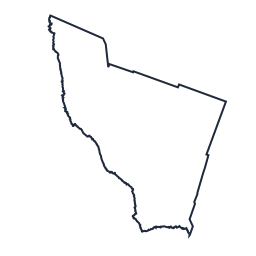 the district of Iriondo, Santa Fe, Argentina, rotated 98°
{"feature_id": "61730980B62800099035851", "entity_name": "Iriondo", "entity_type": "district", "adm_level": 2, "iso_a3": "ARG", "parent_name": "Argentina", "parent_adm1": "Santa Fe", "projection": "orthographic", "projection_center": [-61.163, -32.744], "detail": "fine", "context": "isolated", "style": "outline", "palette": "slate", "viewbox_px": 256, "rotation_deg": 98, "n_neighbors": 0, "source": "geoboundaries", "source_scale": "gbopen_adm2", "svg_char_len": 5897}
<svg xmlns="http://www.w3.org/2000/svg" viewBox="0 0 256 256"><g transform="rotate(98 128 128)"><path d="M225.3,51.9L216.4,50.1L209.8,54.3L193.6,51.1L192.1,52.1L183.5,50.0L182.8,50.3L162.7,47.4L156.0,46.2L143.7,44.6L143.3,46.6L88.2,34.7L77.8,83.5L80.8,84.2L71.1,130.5L72.1,130.7L67.3,155.3L70.5,156.0L48.2,161.7L42.8,165.2L27.4,220.5L27.8,220.7L28.6,220.8L29.2,220.6L30.0,221.3L30.5,221.1L31.3,221.2L31.9,221.2L32.7,220.2L33.0,220.2L33.1,220.4L33.1,220.8L33.3,220.8L34.6,220.1L35.1,219.3L35.6,219.0L35.8,218.6L35.6,218.4L35.2,218.6L35.1,218.2L35.5,218.1L36.3,218.3L36.6,218.6L36.6,219.6L36.8,219.8L37.8,219.9L38.4,220.7L38.8,220.3L39.0,219.5L39.2,219.4L39.9,218.6L40.7,218.7L41.0,219.2L41.1,219.7L41.5,219.9L42.0,219.6L41.8,219.0L41.8,218.8L43.0,218.6L43.3,218.4L43.4,218.0L43.3,217.4L44.0,217.1L44.1,216.8L44.0,216.4L44.6,214.9L44.4,214.1L44.5,214.0L48.1,214.6L49.0,214.1L50.4,214.1L51.1,214.4L52.6,213.7L54.0,213.9L55.2,213.7L55.4,213.4L55.3,213.0L55.5,212.9L55.9,213.2L56.5,213.2L57.2,213.7L58.0,213.0L58.9,213.3L59.8,212.8L60.3,213.1L60.5,212.9L60.3,212.2L61.0,211.9L62.0,210.7L62.6,210.3L62.6,209.6L62.8,209.3L64.1,207.6L65.2,207.1L65.6,207.1L65.7,207.4L66.2,207.5L68.9,207.2L69.7,206.6L70.0,206.2L71.3,205.8L72.1,205.1L72.6,204.9L73.7,204.3L74.9,204.3L75.4,204.0L77.3,203.7L78.0,203.4L78.3,203.4L78.9,203.0L79.5,203.2L79.9,202.6L80.9,202.5L82.2,201.7L83.1,202.0L84.0,201.3L86.4,200.6L87.6,199.7L89.8,199.8L90.4,199.2L90.7,199.2L91.0,199.5L91.1,199.9L91.5,200.1L92.1,199.3L92.7,199.0L94.0,199.1L94.6,198.6L96.4,198.6L97.5,197.8L99.2,197.8L100.1,197.3L100.3,196.8L101.0,197.4L101.3,196.6L102.0,196.4L102.5,195.8L102.9,195.6L104.4,196.9L104.7,197.7L105.0,197.9L105.2,197.7L104.9,197.0L105.0,196.7L105.7,197.1L106.7,196.7L106.9,196.4L107.2,196.8L107.4,196.9L107.6,196.7L108.3,196.7L108.7,196.2L109.3,196.3L109.7,196.1L110.5,196.1L112.6,194.8L113.5,194.3L113.9,194.3L114.8,193.6L116.3,193.1L116.6,193.5L116.7,192.9L116.8,192.7L117.4,192.8L117.7,192.3L118.1,192.1L118.4,192.1L118.5,192.7L118.7,192.8L119.7,192.5L120.1,192.5L120.2,191.8L120.7,191.3L120.4,190.7L120.5,190.5L121.0,190.7L121.2,190.4L121.8,190.4L122.0,190.1L121.9,189.7L122.4,189.3L122.8,189.6L123.3,189.6L124.4,188.8L124.9,188.2L125.6,187.0L125.8,186.8L126.2,186.6L127.1,186.9L127.6,186.2L128.7,186.2L129.0,185.8L131.7,184.5L131.6,184.2L131.8,183.7L132.9,183.1L133.6,183.0L133.7,182.8L133.6,182.4L133.4,182.3L133.0,182.5L132.8,182.4L132.7,181.7L132.3,181.7L131.7,181.4L131.4,181.2L131.4,180.9L132.1,180.6L132.3,179.9L132.9,179.5L133.5,178.7L133.4,178.3L134.0,178.0L134.5,176.9L135.1,176.3L135.1,175.8L135.5,175.5L135.5,174.4L136.0,174.1L136.3,173.6L139.6,171.3L139.6,170.9L139.9,170.6L140.8,169.0L141.2,168.5L141.5,167.9L142.1,167.2L142.1,166.8L141.7,166.4L141.7,165.9L141.0,165.5L141.0,165.1L141.7,164.9L141.9,163.5L142.3,163.3L143.2,162.2L143.7,162.2L143.7,161.7L144.2,161.6L144.0,161.1L144.4,160.9L145.4,159.7L145.7,159.6L145.7,159.1L146.1,159.0L146.6,158.0L147.8,157.3L148.2,156.7L148.5,156.7L148.7,156.4L149.0,156.4L149.2,156.0L149.9,155.6L150.3,155.0L150.6,154.7L151.6,154.5L152.4,154.0L153.1,153.9L153.7,153.4L156.3,152.7L157.0,152.3L157.7,152.1L159.2,151.0L160.2,150.7L160.6,150.4L161.1,150.4L162.0,150.1L163.2,149.4L163.8,149.2L164.3,148.7L165.2,148.4L166.1,147.6L166.6,147.5L167.3,146.8L168.3,146.7L168.6,146.4L169.4,146.0L170.0,145.3L170.6,145.0L170.8,144.5L171.4,144.4L171.7,143.6L172.4,143.5L172.7,142.8L173.3,142.5L173.3,142.3L173.3,142.0L173.6,141.2L174.7,139.6L174.4,139.2L174.4,138.8L173.8,138.8L173.7,137.9L174.9,137.0L175.2,135.5L174.6,135.3L174.3,135.0L174.2,134.8L174.4,134.6L175.0,134.7L175.9,133.9L176.1,133.6L176.2,133.1L177.1,132.1L178.0,130.5L178.9,130.0L178.9,129.3L179.4,128.2L180.0,127.6L180.3,126.8L180.9,126.6L181.4,125.9L181.4,125.5L182.1,124.6L182.2,124.1L182.6,124.0L182.9,123.2L182.6,122.8L182.6,122.5L184.0,121.6L183.5,121.2L183.9,120.5L183.7,120.1L183.8,119.8L185.1,118.6L186.2,116.3L186.7,116.2L187.5,115.6L187.5,114.8L187.6,114.6L188.5,114.3L188.7,114.5L190.2,115.1L191.0,114.4L191.3,114.4L192.4,113.8L192.6,113.4L193.3,112.7L194.0,112.5L194.6,112.8L195.1,112.3L195.4,112.3L196.4,111.9L196.9,111.5L197.8,111.7L198.7,111.6L199.2,111.4L199.4,111.1L199.7,111.2L200.3,111.0L200.6,111.0L201.0,110.7L201.6,110.7L202.2,110.3L202.6,110.4L202.9,110.1L203.3,110.1L203.9,109.8L204.3,110.0L204.7,109.7L204.9,110.0L205.5,110.0L206.0,110.4L206.5,109.9L207.1,109.8L207.4,109.5L208.9,109.3L209.1,109.0L209.5,109.1L209.7,108.8L210.5,108.5L211.5,107.9L211.8,108.1L212.2,109.1L212.7,109.2L213.3,109.5L213.5,110.0L213.7,110.3L214.0,110.3L214.4,111.0L214.7,111.0L214.9,110.6L215.6,110.4L215.9,110.0L216.5,110.0L216.7,109.8L216.4,109.2L216.8,108.9L217.1,107.7L218.1,107.1L218.5,106.5L219.1,106.2L219.4,105.4L219.8,105.1L220.7,103.8L221.2,103.4L222.1,103.0L222.3,102.4L222.5,102.4L223.0,102.6L223.4,102.2L223.8,102.2L224.5,101.9L225.0,102.0L225.2,101.8L225.2,101.4L225.8,101.3L226.4,100.9L227.4,100.0L227.9,100.2L228.6,99.7L228.6,99.3L228.0,98.7L227.8,97.8L227.6,97.4L227.5,97.2L227.8,96.5L227.6,96.1L227.6,95.5L227.1,94.3L226.8,93.9L225.9,93.4L226.1,93.0L225.9,92.3L225.4,91.7L224.8,91.2L224.9,90.4L224.6,89.8L223.9,89.1L223.5,89.1L223.3,89.0L223.1,88.5L222.6,88.3L221.9,87.1L221.9,86.9L222.7,86.6L222.9,86.4L221.8,86.0L222.0,85.5L221.7,84.5L221.8,83.5L221.6,83.1L221.9,82.3L222.0,81.9L221.7,81.6L221.1,81.7L220.7,80.3L220.8,79.4L220.5,79.0L220.3,78.2L220.8,75.8L220.7,75.0L220.3,74.2L220.3,73.7L221.0,73.6L221.1,73.3L220.4,72.4L219.8,72.2L219.6,71.9L220.6,70.9L220.9,69.1L220.8,68.9L220.2,69.1L219.8,68.3L218.7,67.0L218.7,66.8L218.9,66.3L219.7,66.1L219.9,65.8L219.5,65.4L219.2,64.6L219.0,64.2L218.0,63.5L219.8,61.0L219.5,60.4L220.2,60.1L220.3,59.6L220.3,58.9L219.6,58.7L219.7,58.4L220.0,57.9L220.0,57.6L219.0,56.2L219.3,56.0L219.8,56.0L220.4,55.4L221.2,55.1L221.3,54.5L221.4,54.4L222.9,54.0L223.3,53.7L223.6,53.0L224.2,52.6L224.4,52.2L225.8,52.2L225.3,51.9Z" fill="none" stroke="#1e293b" stroke-width="2"/></g></svg>